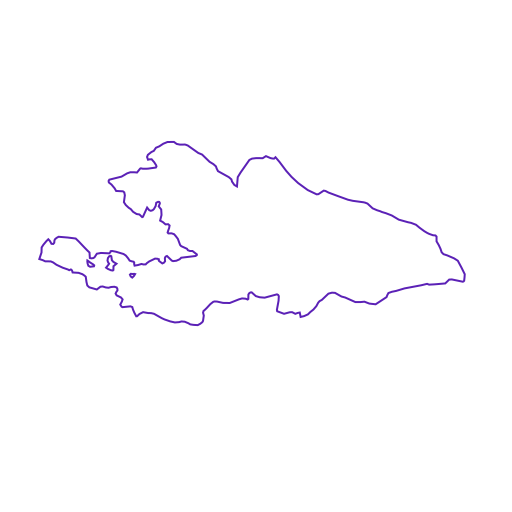 Kyrgyzstan, orthographic projection, rotated 21°
{"feature_id": "KGZ", "entity_name": "Kyrgyzstan", "entity_type": "country or territory", "adm_level": 0, "iso_a3": "KGZ", "parent_name": "Asia", "parent_adm1": "", "projection": "orthographic", "projection_center": [73.132, 41.224], "detail": "fine", "context": "isolated", "style": "outline", "palette": "violet", "viewbox_px": 512, "rotation_deg": 21, "n_neighbors": 0, "source": "natural_earth", "source_scale": "50m", "svg_char_len": 4787}
<svg xmlns="http://www.w3.org/2000/svg" viewBox="0 0 512 512"><g transform="rotate(21 256 256)"><path d="M118.6,303.6L119.8,302.9L123.7,302.2L131.6,301.6L134.3,302.2L137.3,303.9L139.7,305.6L141.9,305.5L143.8,305.2L144.6,305.7L145.1,307.1L146.1,308.5L149.1,306.7L151.9,304.5L154.0,304.2L156.0,303.4L156.6,301.9L158.2,299.4L162.7,294.6L165.0,293.9L166.5,293.9L166.6,294.7L167.3,295.4L171.2,296.5L172.4,295.3L173.0,293.5L171.7,290.7L171.7,289.5L172.2,288.5L172.9,287.9L179.1,290.5L180.4,290.5L183.3,289.0L185.9,286.4L186.8,284.4L199.5,277.7L200.4,276.5L200.2,275.7L194.9,274.1L192.5,275.0L190.3,275.0L189.0,274.0L182.6,273.6L181.2,272.9L176.9,268.0L174.0,266.2L171.7,265.0L169.1,265.1L166.1,266.3L165.1,265.8L164.9,263.7L164.9,261.2L164.4,258.5L162.6,257.8L160.2,258.9L156.8,257.7L153.8,257.3L153.1,251.6L152.0,249.1L150.8,246.5L149.5,245.8L147.4,244.5L147.4,241.4L146.9,240.6L146.2,240.2L145.2,240.5L143.8,242.0L144.4,245.3L143.9,248.7L143.1,250.3L141.6,251.5L139.9,251.5L137.0,249.8L136.4,259.9L135.8,260.5L132.3,259.0L129.5,259.6L125.4,258.8L122.3,257.1L119.9,256.6L116.2,255.1L113.4,253.1L111.8,246.3L110.2,243.8L108.6,243.3L102.1,245.4L99.8,243.5L95.5,241.1L92.3,240.1L91.5,238.8L91.7,237.3L102.0,230.1L106.1,225.0L108.6,222.9L112.2,221.5L115.0,220.7L116.5,216.0L117.1,215.4L119.1,215.1L123.6,213.3L130.8,209.3L131.0,208.1L130.3,207.1L127.3,204.9L123.9,203.1L121.8,204.0L120.7,204.8L118.8,202.6L118.8,200.3L121.1,196.4L122.9,194.5L123.8,190.8L126.4,188.3L129.2,184.4L132.5,181.3L138.5,178.9L141.8,179.8L144.9,179.3L149.8,177.4L150.7,177.3L152.7,177.3L165.2,180.5L169.3,180.6L178.9,184.7L183.3,185.5L186.5,186.7L187.9,188.4L190.1,190.4L202.3,192.1L205.6,193.3L206.9,195.1L210.3,197.4L213.3,197.9L210.7,188.9L211.7,183.5L215.4,168.7L217.4,166.5L221.2,164.5L227.2,162.3L229.5,159.2L234.4,159.4L236.5,159.1L238.0,158.6L238.8,156.8L244.3,159.8L253.7,165.7L260.8,169.4L269.2,172.8L280.7,175.9L290.5,176.7L292.1,175.9L295.8,170.7L297.6,170.4L301.0,170.8L311.3,170.7L321.7,170.5L326.6,169.8L337.2,167.3L338.8,167.1L341.3,167.1L347.8,169.7L352.6,169.9L355.9,169.7L357.8,169.8L361.8,169.5L368.2,169.5L376.3,170.9L385.8,170.0L388.9,169.5L394.2,169.5L398.6,171.0L404.1,172.5L407.5,173.1L409.8,173.3L413.8,173.2L416.2,172.5L417.6,173.2L419.3,177.6L422.8,180.4L425.6,183.1L428.0,186.0L430.4,187.1L434.3,186.9L441.7,187.2L446.1,188.1L451.9,193.1L457.4,198.2L458.3,201.1L459.2,204.5L458.9,205.3L458.3,205.9L447.2,207.7L444.8,208.8L442.5,213.8L433.2,218.3L427.9,220.7L425.7,220.7L420.6,224.2L406.3,233.0L399.3,238.4L395.7,240.7L392.9,243.1L392.6,245.5L392.6,247.6L385.0,258.2L378.9,259.8L373.6,259.8L370.2,261.5L365.2,263.4L354.1,262.8L350.3,263.2L343.0,262.1L340.1,263.0L337.1,265.2L333.2,273.4L331.5,275.4L330.8,277.3L330.3,281.2L328.8,285.4L326.8,288.8L325.4,291.9L322.4,294.9L319.5,296.9L317.1,293.1L315.2,294.3L313.4,295.9L309.9,295.5L307.7,296.4L302.9,299.9L295.6,300.0L294.8,298.8L293.1,289.7L291.7,285.3L290.6,284.4L289.3,284.3L279.0,291.8L274.2,293.2L270.2,293.5L265.0,291.5L263.9,292.0L263.0,293.2L262.7,294.7L264.2,298.8L263.8,299.6L261.5,299.6L258.2,300.6L255.7,302.5L248.3,309.3L242.0,311.6L236.0,312.5L233.6,313.3L232.5,314.1L230.6,317.3L228.6,322.3L227.5,324.7L226.7,326.1L226.9,327.9L228.6,330.3L229.8,335.6L229.6,337.0L228.3,339.2L226.4,341.4L222.3,342.7L219.1,343.4L217.0,343.0L213.0,342.9L209.9,343.8L207.9,345.3L204.1,347.1L199.3,347.8L193.2,348.0L190.3,347.8L181.5,346.5L178.6,346.9L175.8,347.9L170.7,348.9L168.0,351.9L166.6,354.8L165.8,355.2L162.7,352.5L160.3,350.0L158.8,348.0L156.8,348.0L149.7,351.6L148.7,351.5L146.7,350.0L147.1,346.6L147.0,344.3L144.8,343.1L140.0,342.7L138.4,341.4L138.5,339.6L139.0,337.8L138.4,336.4L137.2,335.3L134.7,335.5L131.8,336.9L129.7,338.5L127.0,339.2L123.8,339.4L121.8,340.4L119.4,344.3L111.6,345.0L109.1,344.0L107.1,341.1L104.5,336.4L103.0,335.8L100.5,335.2L96.4,335.3L90.7,337.1L89.4,335.4L88.0,334.9L86.7,336.2L85.3,336.0L79.8,336.2L72.9,335.7L68.9,334.7L66.3,334.6L61.1,336.5L58.4,336.3L54.8,336.5L54.5,329.6L52.8,324.8L53.5,321.6L55.0,317.2L56.1,314.8L58.3,315.9L60.7,317.9L62.4,317.4L62.9,315.9L62.3,313.9L62.3,312.5L63.3,310.6L64.8,308.8L73.7,306.2L81.4,304.3L85.2,305.9L92.7,309.5L96.6,311.3L99.3,312.4L101.6,317.4L103.1,317.2L104.8,316.3L105.7,315.1L106.6,310.9L110.2,308.7L118.1,306.1L118.7,304.5L118.6,303.6ZM127.5,320.9L127.9,320.2L126.6,316.6L128.5,313.2L124.9,312.6L123.0,311.6L121.0,308.1L120.3,307.9L119.1,308.8L118.5,311.0L119.0,313.5L120.4,315.1L121.4,315.7L121.6,315.8L121.5,316.6L120.2,320.6L122.2,321.1L125.6,321.3L127.5,320.9ZM108.4,323.7L108.3,322.7L107.0,322.2L103.4,321.5L100.8,320.7L100.2,320.6L100.5,321.6L101.5,323.4L103.0,325.2L105.0,325.5L108.4,323.7ZM149.2,318.4L149.6,316.2L148.7,316.3L147.6,316.9L145.5,317.5L145.0,318.6L146.4,320.0L148.2,320.5L149.2,318.4Z" fill="none" stroke="#5b21b6" stroke-width="2"/></g></svg>